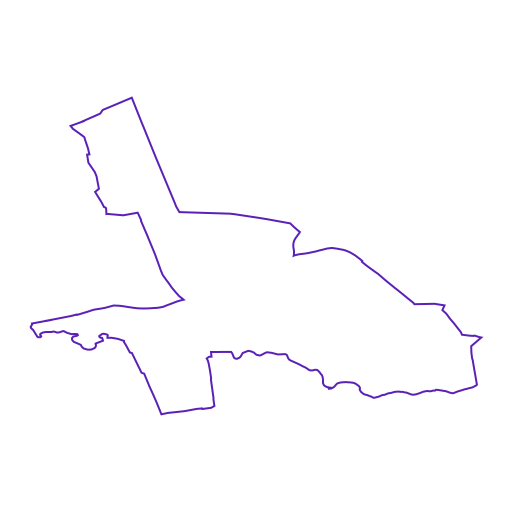 Grobiņa, Grobinas, Latvia (Equal Earth projection)
{"feature_id": "27541924B27244919025150", "entity_name": "Grobiņa", "entity_type": "district", "adm_level": 2, "iso_a3": "LVA", "parent_name": "Latvia", "parent_adm1": "Grobinas", "projection": "equal_earth", "projection_center": [21.167, 56.543], "detail": "fine", "context": "isolated", "style": "outline", "palette": "violet", "viewbox_px": 512, "rotation_deg": 0, "n_neighbors": 0, "source": "geoboundaries", "source_scale": "gbopen_adm2", "svg_char_len": 5945}
<svg xmlns="http://www.w3.org/2000/svg" viewBox="0 0 512 512"><path d="M293.7,255.7L293.9,254.5L294.0,253.0L294.0,251.0L293.9,250.3L293.5,248.1L293.4,246.9L293.3,246.3L293.3,244.9L293.4,243.6L293.7,242.2L294.1,240.9L294.7,239.6L296.1,237.4L299.2,233.2L299.9,232.0L298.6,231.0L296.1,228.9L295.6,228.4L294.3,227.3L291.0,224.1L290.3,223.4L280.9,221.7L268.2,219.4L260.4,218.1L235.2,214.3L230.4,213.7L179.4,212.1L176.0,206.2L175.8,205.5L174.5,202.3L158.0,162.7L155.5,156.7L143.2,126.2L142.6,124.9L135.7,107.6L131.8,97.7L103.1,109.8L102.7,110.0L100.2,113.6L83.1,121.1L83.3,121.3L70.9,125.8L70.6,125.9L72.9,128.8L83.8,136.7L84.4,137.4L85.4,140.7L88.0,148.4L88.7,151.4L89.4,154.4L88.3,154.5L87.1,154.6L88.4,162.7L94.7,171.9L96.5,176.2L98.9,188.8L95.1,191.9L101.3,201.9L102.6,204.3L103.8,206.7L103.9,206.9L104.1,207.1L105.2,207.4L105.9,208.0L106.1,208.4L106.4,213.4L106.4,214.0L107.1,213.9L123.3,215.3L137.7,212.7L141.1,220.0L141.0,220.9L148.0,237.2L148.1,237.6L154.0,251.8L154.8,253.8L155.2,254.8L161.0,270.9L162.7,274.9L166.6,280.4L168.1,282.3L169.5,284.3L171.9,287.7L173.8,290.0L175.3,291.8L179.0,296.0L181.7,298.1L183.6,299.7L181.0,300.3L176.9,301.5L171.5,303.6L166.9,305.3L163.2,306.8L160.7,307.3L157.7,307.8L152.8,308.1L150.0,308.3L144.9,308.5L139.5,308.4L136.7,308.2L132.8,307.7L127.4,306.9L123.7,306.3L119.8,305.8L117.9,305.7L113.7,305.5L104.8,307.9L99.7,308.8L97.6,309.1L94.3,309.6L92.2,310.2L88.0,311.6L77.1,314.9L76.8,314.5L72.6,315.6L70.5,316.1L64.8,317.2L55.1,319.1L48.2,320.4L48.5,320.5L46.9,320.8L44.9,321.1L32.0,323.5L32.2,324.3L30.7,326.8L31.2,328.3L33.1,329.9L37.3,336.7L38.1,337.2L38.7,337.2L40.5,337.2L41.2,336.2L40.1,334.8L40.4,333.9L41.1,333.4L43.3,332.4L46.0,332.0L51.6,332.0L53.3,331.5L54.8,331.8L57.1,332.6L59.4,332.3L60.1,332.1L62.7,331.2L63.7,331.1L67.0,332.8L71.4,334.1L75.1,334.0L77.2,334.1L77.7,334.7L77.8,335.3L76.2,336.0L73.4,336.5L72.1,337.9L72.0,339.2L72.5,340.5L73.9,341.9L78.0,343.6L80.8,344.9L81.8,346.8L83.5,348.4L87.0,349.5L89.3,349.7L91.7,349.4L93.5,348.6L95.0,347.7L95.6,346.9L96.0,345.2L95.5,343.8L95.9,343.4L97.8,342.7L103.0,340.7L102.8,339.9L102.3,338.4L102.1,337.9L101.4,337.8L100.5,337.7L99.9,337.3L99.4,336.8L99.2,336.1L100.9,334.9L102.1,334.0L103.0,333.8L104.0,333.8L105.0,334.0L106.6,334.4L107.6,334.9L107.8,335.5L107.6,336.2L107.4,337.1L107.4,337.8L111.7,337.8L118.1,338.9L124.0,340.9L123.9,341.8L125.0,343.7L125.1,343.8L125.5,344.4L125.6,344.6L127.6,348.2L129.9,352.5L131.9,353.0L133.7,356.7L135.9,361.2L141.5,372.7L144.2,373.7L149.3,386.1L153.9,396.2L157.0,403.4L161.4,414.3L168.1,412.9L173.9,412.3L184.9,411.1L196.2,409.0L197.0,408.9L202.0,408.4L202.2,409.0L211.2,407.8L214.4,406.0L213.4,398.9L213.5,398.0L210.9,379.3L211.1,378.5L211.0,377.3L210.8,376.0L209.8,369.5L208.7,363.6L207.9,360.7L206.7,358.5L208.8,356.9L210.2,356.7L211.5,356.7L211.0,352.0L214.8,352.0L231.1,351.9L232.2,353.3L234.0,357.7L235.1,358.5L237.0,358.8L239.5,357.7L240.8,356.3L242.7,353.0L247.8,351.0L248.6,350.9L249.6,351.0L250.2,351.3L251.4,351.5L253.6,352.4L254.9,353.4L255.3,353.9L256.1,354.5L256.8,354.9L258.9,355.3L259.8,355.5L260.3,355.4L260.9,355.2L265.3,352.9L266.5,352.4L267.2,352.3L267.9,352.3L269.5,352.6L271.5,352.8L276.5,354.1L277.7,354.4L278.5,354.4L279.1,354.4L281.6,354.3L284.7,354.1L285.5,354.2L286.2,354.5L286.6,354.8L287.1,355.5L288.0,357.8L288.6,358.9L289.0,359.4L289.5,359.8L290.8,360.6L294.9,362.4L299.5,364.5L302.6,366.2L305.8,367.7L307.4,368.8L309.2,370.0L309.6,370.2L310.0,370.3L310.6,370.4L311.2,370.4L312.0,370.4L313.2,370.3L314.2,370.0L315.2,369.8L315.7,369.8L316.2,369.8L316.7,369.9L317.3,370.0L317.7,370.3L319.4,372.0L320.9,374.1L321.8,375.0L322.2,375.9L322.5,376.6L322.8,378.2L323.0,379.4L323.0,380.3L323.0,382.9L323.3,383.9L323.6,384.6L323.8,385.0L324.3,385.6L324.9,386.0L326.4,386.8L327.6,387.2L328.7,387.4L329.9,387.6L328.4,388.7L328.0,388.9L328.5,388.8L331.2,388.5L333.9,387.1L336.8,383.8L338.2,383.1L339.4,382.8L340.5,382.5L343.8,382.2L346.9,382.1L347.9,382.3L349.4,382.3L352.8,382.7L354.2,383.1L355.8,383.8L359.0,386.2L360.0,387.9L359.7,389.7L361.1,392.0L362.3,392.9L363.3,393.8L364.1,394.2L365.5,394.7L366.8,395.0L368.3,395.5L369.9,396.2L370.9,396.5L371.3,396.6L372.0,397.0L373.3,397.7L374.0,397.8L375.5,397.5L376.8,397.1L378.9,396.6L381.5,395.4L382.7,395.0L383.6,394.9L384.6,394.8L386.6,394.0L387.7,393.5L388.6,393.3L390.7,393.0L391.8,392.7L394.6,391.9L396.4,391.7L398.4,391.6L399.3,391.6L400.4,391.9L401.0,391.9L402.2,391.9L402.8,391.9L404.3,392.3L405.2,392.5L406.6,392.6L407.5,393.0L410.8,394.3L412.5,394.7L414.8,394.6L417.5,393.9L420.0,393.0L423.4,391.7L426.4,391.1L427.6,391.0L428.6,391.2L429.9,391.3L430.9,391.2L432.1,390.9L432.8,390.6L434.1,390.6L435.0,390.6L435.9,389.8L437.8,389.9L442.1,390.6L444.7,391.0L445.1,391.1L445.9,391.2L448.6,392.2L449.7,392.6L450.6,392.8L451.6,393.1L452.3,393.2L453.0,393.2L453.9,393.0L455.1,392.5L456.5,391.9L457.9,391.4L458.3,391.3L459.2,391.0L461.4,390.4L462.9,389.9L463.7,389.6L465.1,389.2L467.0,388.8L468.6,388.3L469.1,388.2L469.7,388.0L472.1,387.5L472.6,387.3L473.7,386.8L474.8,386.1L476.2,385.5L476.9,384.7L476.1,379.9L474.7,371.9L472.8,360.8L472.8,360.4L472.1,358.3L471.4,352.7L471.2,346.2L481.3,337.5L479.2,337.1L474.9,335.7L473.9,335.7L473.8,335.8L473.7,335.9L471.7,335.8L469.8,335.7L461.9,334.7L460.9,332.2L453.7,323.0L450.4,319.2L449.4,317.9L448.6,316.8L447.8,315.7L447.0,314.6L446.2,313.6L442.4,310.1L444.5,305.4L434.6,303.8L425.1,304.0L414.5,304.2L414.3,304.1L414.2,303.9L413.4,302.9L404.8,295.9L396.4,289.1L394.9,288.0L393.1,286.5L390.0,284.0L384.9,279.8L381.3,276.7L380.4,275.9L377.7,273.6L375.9,272.4L375.5,272.1L374.2,271.2L373.4,270.6L369.8,268.0L366.3,265.4L365.4,264.7L363.1,262.8L361.9,261.8L362.3,261.0L360.3,259.3L355.3,255.5L350.0,252.3L345.6,250.5L343.6,249.9L337.2,248.7L332.3,248.0L331.4,248.0L328.9,248.3L327.3,248.5L324.5,249.2L321.7,249.9L319.5,250.4L316.0,251.4L314.0,251.8L311.7,252.3L308.0,253.1L304.7,253.6L300.3,254.1L298.0,254.5L295.9,255.0L294.1,255.5L293.7,255.7Z" fill="none" stroke="#5b21b6" stroke-width="2"/></svg>